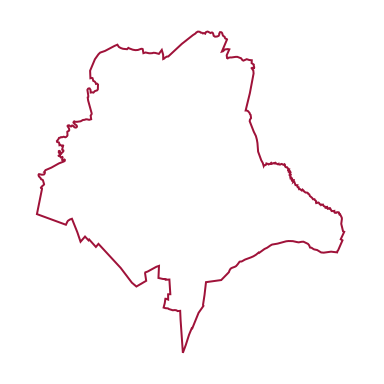 Acas, Satu Mare, Romania, rotated 273°
{"feature_id": "2599482B53460210848238", "entity_name": "Acas", "entity_type": "district", "adm_level": 2, "iso_a3": "ROU", "parent_name": "Romania", "parent_adm1": "Satu Mare", "projection": "natural_earth1", "projection_center": [22.756, 47.519], "detail": "fine", "context": "isolated", "style": "outline", "palette": "rose", "viewbox_px": 384, "rotation_deg": 273, "n_neighbors": 0, "source": "geoboundaries", "source_scale": "gbopen_adm2", "svg_char_len": 5974}
<svg xmlns="http://www.w3.org/2000/svg" viewBox="0 0 384 384"><g transform="rotate(273 192 192)"><path d="M151.6,344.8L152.6,343.0L160.2,346.1L160.7,344.9L161.0,344.8L168.0,342.7L173.0,343.1L174.2,342.9L176.4,341.7L177.0,341.3L176.8,341.1L177.0,340.7L177.6,340.8L177.6,340.4L178.2,340.2L178.3,339.8L179.2,339.8L179.5,338.8L179.2,337.1L178.7,336.9L178.8,335.6L179.4,335.2L180.5,335.1L180.3,334.6L180.5,333.8L180.2,332.8L180.3,332.4L183.1,330.7L183.1,330.1L182.4,329.7L182.8,329.0L182.4,328.4L182.9,328.0L184.2,327.7L184.1,327.3L183.2,326.9L183.2,326.2L184.2,326.0L184.3,325.3L184.9,324.3L186.3,323.4L186.0,322.7L186.2,322.2L185.7,321.5L186.3,321.1L186.4,320.2L187.5,319.6L188.1,318.9L188.1,318.4L187.8,318.0L187.4,316.6L187.9,316.4L189.2,316.4L189.8,316.0L190.4,315.1L191.2,314.7L191.1,313.2L192.5,312.2L194.2,309.9L195.8,309.2L196.3,308.1L197.1,307.7L197.4,307.0L197.4,305.4L198.5,303.8L199.2,303.4L200.2,302.2L199.2,301.6L200.6,299.6L200.4,298.8L202.3,298.2L202.3,297.3L203.1,297.1L203.6,296.6L204.3,296.8L204.3,295.0L207.8,293.5L208.0,293.1L207.6,292.7L209.2,293.0L209.2,292.3L208.3,291.6L208.4,291.3L208.7,291.1L210.5,291.2L210.4,290.2L210.5,289.8L210.9,289.8L211.2,290.5L211.4,290.5L212.0,290.0L211.9,289.4L213.0,289.3L213.8,288.7L214.1,289.6L214.4,289.7L214.5,289.5L214.3,289.1L215.1,288.8L214.8,288.3L215.7,288.9L216.5,288.9L216.6,289.4L216.8,289.4L217.3,289.1L216.9,288.7L217.5,288.5L217.0,287.9L217.1,287.6L219.4,287.8L219.0,286.8L219.4,286.8L220.0,287.2L220.4,287.0L221.0,286.0L221.7,285.6L221.7,284.4L222.1,283.9L222.8,283.5L223.8,283.5L224.6,282.9L223.9,281.8L224.5,280.8L224.7,279.8L224.0,278.6L224.0,277.6L224.2,277.1L224.7,277.0L224.2,276.1L225.0,274.3L225.6,273.8L225.4,273.2L224.8,273.1L225.1,271.7L224.7,271.3L224.3,270.0L224.4,269.7L225.1,269.8L225.3,269.6L224.9,269.2L224.1,269.2L224.1,268.1L223.5,267.1L223.7,266.7L224.1,266.4L224.1,265.6L224.4,264.8L223.2,264.5L222.4,263.2L222.7,262.5L221.8,262.2L224.8,261.1L227.3,259.5L235.8,255.9L244.3,254.8L247.8,254.0L251.2,252.9L255.5,250.5L265.7,245.9L267.3,246.1L268.9,247.1L272.1,246.5L272.8,245.8L273.9,245.4L275.7,243.7L276.2,242.4L276.2,241.3L293.6,244.6L313.6,247.3L316.4,246.9L318.8,245.1L319.2,245.6L318.8,247.1L318.9,247.5L319.8,247.6L322.0,246.9L322.5,247.0L323.8,244.8L326.7,244.8L326.8,242.3L327.5,239.7L325.9,236.5L326.3,235.5L328.1,234.0L329.3,230.3L329.2,228.4L328.4,224.3L328.4,223.2L327.9,221.2L327.3,220.7L327.6,220.0L330.4,219.5L336.4,221.8L336.6,220.3L336.1,217.5L334.2,215.6L333.8,214.5L346.2,219.0L346.5,218.8L347.0,217.3L347.6,216.8L348.6,216.5L349.8,214.7L352.2,213.8L352.8,213.3L353.1,212.7L353.1,211.6L351.6,210.9L350.6,211.0L349.3,210.4L348.6,208.9L348.3,206.9L349.1,205.5L351.6,204.7L352.3,203.9L352.3,203.2L351.7,202.2L352.9,199.7L353.0,198.9L352.3,197.5L350.8,196.9L351.4,195.6L350.9,194.6L351.6,193.4L351.6,192.4L352.4,191.3L352.5,189.5L351.5,187.9L350.5,187.2L348.7,184.7L339.4,174.1L326.2,161.3L326.0,161.0L326.0,160.0L324.9,158.2L323.9,157.4L323.3,156.3L327.6,156.0L332.3,154.4L328.2,151.7L329.0,147.9L329.0,146.2L328.5,144.8L328.3,141.9L328.9,138.3L328.1,136.2L332.1,135.3L332.4,134.5L332.3,133.7L331.0,130.5L330.7,128.1L331.0,125.4L332.1,121.9L332.6,120.9L331.2,119.7L331.4,115.6L332.0,113.5L332.9,111.6L333.5,111.0L335.2,109.8L333.9,107.1L328.3,97.7L326.4,93.0L324.7,91.4L319.5,88.1L307.8,83.9L300.3,84.6L300.7,86.0L300.5,86.7L297.8,87.6L297.3,88.9L296.8,89.4L295.8,90.2L294.9,90.5L295.2,91.5L294.4,92.5L289.6,92.6L288.6,92.0L287.6,89.6L286.1,88.4L286.3,87.0L286.0,85.6L288.7,85.3L290.1,84.3L290.1,83.7L289.7,82.8L288.5,82.2L282.7,83.4L281.4,83.4L281.0,82.9L277.9,83.5L265.3,87.7L264.3,87.6L263.0,86.8L259.4,87.5L258.7,85.5L259.1,83.2L259.0,82.1L258.5,81.1L258.2,79.3L256.8,77.1L256.1,73.7L256.0,71.7L256.4,70.7L255.5,70.0L255.1,70.0L253.7,71.4L252.5,73.2L251.6,73.7L250.8,73.5L250.4,73.1L250.2,72.1L250.6,71.0L251.4,70.5L252.1,69.3L252.1,68.7L251.3,68.3L251.1,67.9L251.2,67.3L252.2,65.7L252.0,64.7L251.6,64.3L251.2,64.3L249.1,65.8L247.5,66.2L246.5,65.7L245.9,64.5L245.6,64.3L242.3,64.7L241.4,64.4L240.3,63.3L240.0,62.5L240.5,61.1L239.8,59.2L240.0,58.4L239.4,57.6L239.1,56.4L237.5,55.7L235.8,54.4L234.9,54.7L234.5,56.5L233.5,56.9L231.8,57.2L232.2,58.2L231.2,59.5L231.8,60.6L231.6,60.9L227.7,60.1L227.4,60.2L226.9,61.3L226.3,61.5L225.2,60.9L224.3,59.9L223.4,59.4L223.6,58.7L225.9,57.9L226.1,57.3L225.9,56.9L224.5,56.9L222.5,58.6L221.9,58.4L221.5,57.1L221.2,56.9L221.0,57.1L220.8,58.4L219.7,59.1L220.2,60.7L219.5,61.0L217.8,60.6L217.1,60.7L216.8,61.7L217.7,63.0L217.3,63.4L216.6,63.3L216.3,63.2L215.7,62.3L213.6,57.6L209.0,50.3L206.2,44.6L204.3,43.4L204.2,43.9L203.5,44.1L202.5,43.8L201.8,43.3L201.5,42.2L201.4,40.9L201.8,38.8L201.8,38.2L201.4,37.9L200.6,37.9L199.6,38.3L197.9,40.1L196.8,40.7L196.4,41.9L196.0,42.5L192.0,43.9L191.4,43.6L189.7,41.8L188.4,40.9L188.0,41.1L187.7,42.0L186.9,42.0L161.8,38.3L152.7,67.8L156.1,69.2L156.8,69.7L158.2,71.6L159.0,73.5L145.8,79.6L136.5,83.3L141.9,87.5L138.3,91.2L139.2,91.8L132.1,98.9L135.3,101.3L112.4,124.8L98.3,136.7L94.7,141.4L100.9,150.9L108.4,149.4L109.3,149.6L110.2,151.8L115.5,160.4L116.5,162.9L104.4,163.0L103.6,167.7L103.7,170.2L103.0,170.3L103.4,174.0L88.8,175.7L88.6,173.5L83.3,173.8L84.0,171.7L84.0,171.0L79.5,170.6L75.1,169.7L74.6,171.6L74.5,174.1L73.9,175.0L72.9,179.0L73.2,181.1L73.0,182.8L72.3,183.8L72.7,186.4L63.6,187.3L30.9,191.3L38.9,193.8L49.2,196.5L56.0,198.9L55.8,199.4L71.7,204.9L78.9,209.4L79.7,208.9L89.9,209.9L102.7,210.7L105.6,225.8L113.8,233.0L115.7,233.6L117.5,234.6L118.4,236.0L119.5,238.6L120.3,239.9L122.2,241.4L124.8,243.1L125.1,243.7L125.1,244.7L125.4,245.5L127.3,248.5L129.7,254.1L131.0,256.7L132.7,259.2L135.1,261.8L134.7,262.2L138.9,267.4L140.3,270.0L142.7,273.1L143.7,274.7L144.9,280.1L147.7,288.6L148.1,291.1L148.2,295.3L147.5,299.4L147.3,301.2L148.0,304.0L148.2,305.9L146.3,310.5L144.9,311.8L142.7,312.8L142.6,314.3L141.8,315.5L141.1,316.9L140.6,320.0L138.4,324.1L138.3,326.7L139.7,334.0L139.3,340.1L140.6,340.3L141.2,340.9L151.6,344.8Z" fill="none" stroke="#9f1239" stroke-width="2"/></g></svg>